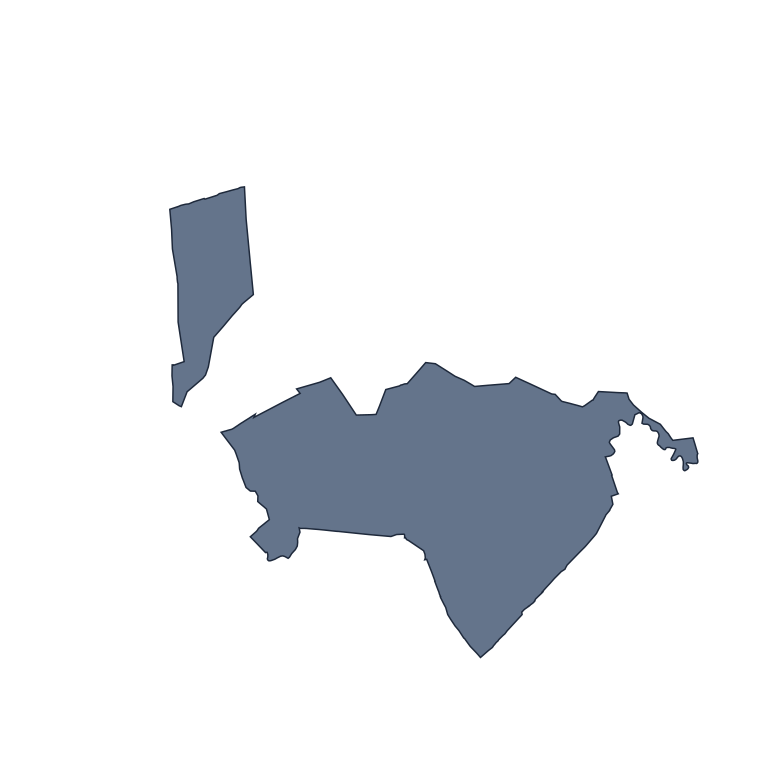 Ilūkste, Ilukstes, Latvia (Albers equal-area conic projection), rotated 230°
{"feature_id": "27541924B8842177834168", "entity_name": "Ilūkste", "entity_type": "district", "adm_level": 2, "iso_a3": "LVA", "parent_name": "Latvia", "parent_adm1": "Ilukstes", "projection": "albers", "projection_center": [26.305, 55.977], "detail": "fine", "context": "isolated", "style": "filled", "palette": "slate", "viewbox_px": 768, "rotation_deg": 230, "n_neighbors": 0, "source": "geoboundaries", "source_scale": "gbopen_adm2", "svg_char_len": 6004}
<svg xmlns="http://www.w3.org/2000/svg" viewBox="0 0 768 768"><g transform="rotate(230 384 384)"><path d="M423.0,347.2L423.4,345.7L423.5,345.7L424.7,341.9L425.6,339.1L426.7,335.8L436.4,313.9L430.7,313.7L435.1,294.6L438.9,277.2L441.9,263.5L442.0,262.9L442.2,263.3L442.9,264.6L443.4,265.5L443.6,265.9L443.7,265.1L444.3,260.7L444.5,258.8L444.7,257.5L444.9,255.9L445.2,253.9L445.4,252.3L445.5,251.4L445.8,249.5L446.0,247.7L446.1,246.9L446.2,245.4L446.4,243.9L446.6,242.0L446.8,240.1L447.2,238.2L448.9,234.6L449.8,232.4L450.2,231.7L451.7,228.2L445.9,227.9L429.4,227.1L425.8,225.9L416.9,222.5L415.7,221.7L411.6,218.7L402.6,214.9L401.8,214.7L401.5,214.6L393.4,211.8L387.9,212.8L384.6,216.5L379.3,215.5L375.1,211.7L363.8,213.6L353.8,209.0L354.1,195.2L353.3,192.7L353.1,191.1L352.9,183.4L344.3,184.0L331.9,184.8L331.0,184.9L330.9,185.4L330.1,186.3L327.9,185.3L326.2,183.8L325.1,182.3L324.2,181.9L323.5,181.9L322.8,182.0L321.9,182.9L321.3,184.0L319.9,187.8L319.3,191.1L319.1,191.6L318.6,194.0L318.3,194.5L317.4,196.0L315.5,197.2L312.1,198.5L312.1,199.8L312.1,200.0L312.1,200.3L313.4,204.2L313.9,207.9L314.1,209.6L315.6,213.4L318.1,216.0L319.6,217.2L321.1,218.3L324.5,224.4L328.3,226.5L327.2,227.1L327.0,227.3L323.6,231.3L319.9,235.0L314.7,240.3L309.8,245.1L304.7,250.0L301.4,253.2L300.6,254.1L285.2,269.0L277.5,276.5L273.7,280.3L266.6,287.4L262.7,291.3L260.6,296.9L256.1,302.8L255.6,302.9L254.4,302.2L253.5,301.4L253.0,300.9L252.8,301.3L252.6,301.6L252.2,301.4L251.6,301.6L250.4,301.3L248.3,302.2L230.8,307.2L228.6,306.4L227.2,305.9L224.3,303.9L223.9,303.4L223.2,302.2L222.3,304.0L209.4,299.7L200.2,296.4L200.3,296.1L196.1,294.6L191.8,293.1L189.3,292.3L187.1,291.3L185.0,290.8L185.1,290.5L183.8,290.0L183.4,289.9L176.5,288.3L173.1,287.6L166.4,284.6L160.8,283.8L152.8,282.9L146.9,282.9L138.1,281.8L137.3,282.1L127.6,281.4L118.6,282.0L115.5,282.1L112.5,282.1L112.5,283.4L112.7,292.5L112.6,295.6L112.5,296.9L112.6,298.1L113.1,299.6L113.3,300.7L113.3,301.1L113.5,302.0L113.9,303.9L113.9,304.7L113.9,306.1L114.3,307.1L114.5,308.5L114.8,312.2L114.9,313.5L114.9,313.9L114.9,316.0L115.8,319.7L118.6,341.6L120.7,342.9L121.1,346.6L120.9,349.1L120.8,350.2L120.9,351.8L120.6,351.8L120.6,352.8L120.6,353.5L120.7,354.5L120.6,355.2L120.5,357.4L120.5,358.0L120.8,359.9L121.0,359.8L121.9,362.1L122.0,363.5L122.0,364.2L122.1,365.0L122.2,366.8L122.4,370.2L122.6,371.9L123.0,371.6L123.8,377.1L123.9,377.8L124.6,383.5L125.5,389.6L126.3,398.6L126.4,399.2L126.3,399.6L125.8,403.6L126.4,404.8L126.5,405.0L127.2,406.9L127.4,407.2L127.6,407.9L129.4,425.7L130.1,433.6L132.3,447.3L132.8,449.9L132.9,450.5L138.0,462.7L140.8,469.3L141.1,469.8L142.1,475.7L142.4,475.8L142.5,476.1L144.7,482.0L151.9,486.0L149.3,492.9L151.0,493.1L164.0,498.2L167.6,499.6L167.6,500.2L184.3,506.2L185.9,506.7L183.9,510.3L183.2,511.9L183.2,512.9L183.0,514.0L183.3,515.8L183.4,516.1L184.0,517.5L185.5,518.3L193.4,518.8L194.6,519.2L195.7,521.4L195.3,525.3L193.6,529.8L194.2,532.4L199.6,537.0L202.8,538.4L204.3,539.2L204.8,540.0L204.9,540.4L204.4,541.8L203.3,543.1L199.6,544.5L197.9,544.8L196.4,544.9L194.1,546.0L193.7,546.5L193.7,548.5L199.2,556.5L198.6,558.5L198.1,561.0L195.8,562.2L193.1,561.7L191.7,560.7L188.1,556.4L186.4,557.1L183.7,560.0L182.8,560.5L180.9,560.7L179.9,560.5L179.1,560.0L178.4,559.6L177.3,559.5L176.4,559.5L175.4,559.9L174.4,560.8L173.5,561.9L172.3,562.7L171.0,562.8L169.2,562.4L167.3,561.3L166.1,559.4L164.6,557.2L163.6,555.9L162.9,555.3L161.9,555.0L160.7,555.0L159.7,555.4L157.2,555.5L156.9,555.7L155.8,555.7L155.7,555.7L153.7,556.4L153.1,557.2L153.2,558.0L153.7,558.9L153.7,559.1L153.5,559.8L153.0,560.6L151.7,562.1L150.8,562.6L149.2,563.8L148.0,565.0L147.3,565.5L146.7,565.7L146.4,565.6L145.7,564.2L144.2,561.1L142.9,557.8L142.3,556.1L141.5,555.5L140.6,555.4L140.2,555.7L139.7,556.2L139.0,557.4L138.9,557.7L138.7,559.1L138.9,560.5L139.2,561.8L139.3,563.2L139.0,564.0L138.6,564.6L138.2,564.9L137.2,565.1L136.0,565.0L134.5,564.5L132.1,563.4L130.0,561.6L128.0,559.6L126.3,558.3L125.6,558.2L125.0,558.3L124.6,558.4L124.3,558.6L124.0,559.3L123.9,560.1L123.7,561.4L123.7,561.9L123.9,562.8L124.2,563.6L124.6,564.0L125.2,564.2L125.7,564.4L126.6,564.2L127.5,564.1L128.4,564.3L128.9,564.6L129.0,564.8L129.0,565.2L128.9,565.5L128.4,566.1L127.5,566.9L126.0,568.3L124.4,569.6L124.0,570.2L123.1,571.4L122.6,572.0L122.3,572.2L122.1,572.7L122.1,573.2L122.3,573.9L123.1,574.8L124.1,575.4L125.9,576.3L127.1,577.2L128.1,578.1L128.6,578.7L128.9,579.6L130.1,580.0L130.4,580.2L133.2,581.4L137.5,583.3L144.1,586.1L155.2,569.0L158.7,569.2L163.3,569.8L166.3,569.5L170.9,569.6L175.5,569.8L185.9,565.6L187.3,565.0L196.5,563.2L207.6,561.6L214.8,561.9L220.8,564.4L222.2,563.0L226.9,557.8L240.4,543.4L238.4,536.7L237.5,534.2L237.3,533.6L237.7,533.2L238.2,526.9L238.4,524.0L238.6,522.9L238.9,521.4L239.4,521.0L240.5,520.3L243.3,518.4L246.4,516.2L249.3,514.2L256.2,509.2L256.9,509.0L257.3,508.9L265.5,508.5L266.0,508.5L268.5,506.1L288.2,496.9L291.0,495.6L296.2,493.1L297.5,492.5L304.5,489.2L303.9,480.1L316.4,462.5L323.9,451.8L327.2,450.7L335.3,447.8L344.2,443.4L346.5,442.7L352.0,441.0L366.5,436.4L373.6,429.7L371.7,417.8L369.3,402.0L370.9,399.7L371.7,397.5L372.5,395.9L372.5,394.8L378.6,381.8L369.9,366.2L365.8,358.4L368.6,354.6L378.0,342.8L402.7,345.6L423.0,347.2ZM655.5,332.2L638.9,320.6L623.8,309.0L623.4,308.7L599.2,294.5L597.6,293.2L594.6,291.2L593.4,290.7L563.8,266.1L529.6,245.3L533.5,235.2L533.8,234.5L534.2,234.8L534.8,234.0L526.5,226.8L517.7,220.8L506.2,210.9L499.0,213.1L496.9,214.2L503.2,225.6L504.6,228.1L504.8,249.0L505.4,251.8L505.6,253.0L510.0,260.4L529.2,283.6L530.8,293.8L531.3,297.1L533.9,311.7L534.1,313.2L535.4,322.4L535.7,323.8L535.8,324.1L536.2,325.5L536.4,326.3L536.5,329.0L536.5,341.4L538.8,343.0L561.1,358.3L562.9,359.5L565.6,361.4L593.9,380.9L598.7,384.2L624.7,403.8L626.4,401.2L627.0,400.1L627.5,397.7L629.7,393.2L632.6,386.8L635.7,380.2L635.8,377.8L635.9,377.3L640.7,365.6L641.7,365.5L645.9,355.4L647.5,350.1L648.3,349.0L649.4,347.3L651.4,343.2L652.4,339.8L652.5,339.8L655.5,332.2Z" fill="#64748b" stroke="#1e293b" stroke-width="1.5"/></g></svg>